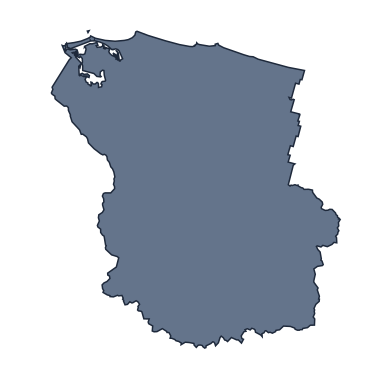 Tweed, New South Wales, Australia, rotated 276°
{"feature_id": "25037944B14398404968325", "entity_name": "Tweed", "entity_type": "district", "adm_level": 2, "iso_a3": "AUS", "parent_name": "Australia", "parent_adm1": "New South Wales", "projection": "natural_earth1", "projection_center": [153.453, -28.35], "detail": "fine", "context": "isolated", "style": "filled", "palette": "slate", "viewbox_px": 384, "rotation_deg": 276, "n_neighbors": 0, "source": "geoboundaries", "source_scale": "gbopen_adm2", "svg_char_len": 5866}
<svg xmlns="http://www.w3.org/2000/svg" viewBox="0 0 384 384"><g transform="rotate(276 192 192)"><path d="M324.6,291.2L326.0,274.8L331.0,243.9L332.9,238.7L332.8,235.1L333.9,229.2L338.8,208.4L340.8,203.3L342.5,202.2L341.4,199.6L340.0,199.8L338.8,194.0L339.4,184.0L339.8,182.3L340.9,181.1L339.5,181.0L338.1,179.2L337.8,179.7L337.3,179.2L336.6,177.1L336.5,174.3L337.3,164.1L339.6,149.7L343.1,131.9L346.1,120.5L345.3,119.3L342.0,118.8L339.2,116.5L336.9,112.7L335.7,108.9L333.9,99.8L333.7,89.8L334.8,80.0L336.6,74.9L335.4,74.6L333.7,72.1L330.4,65.7L328.3,59.2L326.6,52.5L326.9,52.0L322.9,53.0L321.9,56.3L331.5,75.2L332.1,75.1L331.6,75.5L332.1,79.2L332.6,79.2L332.1,79.5L331.5,84.7L330.0,89.7L328.4,93.1L325.3,97.2L325.4,98.6L326.3,98.9L325.4,98.9L326.4,101.1L325.9,103.3L324.8,104.7L317.2,109.1L316.0,107.4L314.7,106.8L314.7,106.1L318.9,105.0L315.4,105.7L315.6,104.8L317.0,104.6L315.7,104.1L316.2,103.3L318.2,104.6L316.9,102.8L318.8,103.3L320.2,100.6L320.8,101.1L319.3,103.6L319.2,104.2L319.4,104.9L322.5,104.2L324.5,102.4L324.4,102.0L322.5,103.9L321.8,103.4L319.4,104.4L321.7,99.4L321.2,99.2L320.0,100.0L318.3,102.4L317.5,102.2L318.5,101.2L319.5,97.9L321.5,95.4L323.0,94.6L324.9,95.1L325.7,94.7L327.1,89.4L325.7,91.3L325.2,90.6L325.6,89.1L328.3,89.2L329.0,87.8L327.5,87.8L326.3,85.4L326.5,84.5L325.9,82.6L327.5,81.4L328.1,83.1L330.3,82.0L330.4,80.9L328.9,77.2L328.8,75.0L325.6,69.9L324.7,69.9L325.1,70.2L324.6,71.0L322.9,71.7L318.2,71.0L317.3,69.4L317.3,66.1L315.0,62.8L313.9,66.1L315.3,66.8L313.3,68.9L309.6,69.5L308.4,69.1L306.0,70.1L301.4,70.6L299.6,82.1L297.0,85.3L296.9,89.1L297.3,89.6L298.6,88.3L301.9,88.3L303.8,90.3L303.6,91.7L299.1,92.5L294.1,94.4L293.1,93.9L292.6,91.5L291.9,90.7L290.0,90.1L289.3,91.3L287.2,91.1L286.2,88.1L289.8,87.7L291.0,86.7L291.0,85.9L289.3,84.5L289.1,82.2L290.5,81.1L290.7,80.0L286.6,80.9L287.4,80.4L287.0,79.8L287.6,79.5L288.3,77.4L289.8,76.9L290.1,75.4L292.8,73.9L296.0,75.2L295.4,72.6L295.8,70.8L296.3,75.2L295.5,75.9L295.1,77.6L297.0,77.8L298.5,75.7L297.7,72.3L298.6,70.4L297.4,68.5L296.0,70.2L296.4,68.9L295.9,68.1L296.3,67.6L305.2,66.2L306.3,67.1L304.3,67.0L303.8,67.6L308.7,68.2L313.9,62.3L315.3,61.8L315.9,60.8L317.9,60.3L318.3,59.2L317.6,58.8L317.9,58.3L318.5,59.5L318.4,61.0L319.6,61.4L319.9,62.4L318.7,62.9L317.3,62.1L317.9,61.4L318.3,62.3L319.0,62.2L317.8,60.8L316.5,61.1L315.8,62.4L318.1,64.2L321.3,62.9L321.9,61.1L320.7,56.0L321.2,52.8L319.2,51.8L320.1,50.7L322.7,51.5L324.0,50.8L324.9,51.1L326.7,50.9L324.6,50.8L323.9,49.1L324.2,47.6L317.3,51.2L312.9,57.9L310.7,56.1L281.6,41.9L279.5,42.9L275.8,41.8L274.6,42.7L273.0,45.6L270.4,46.1L269.2,47.7L264.0,55.9L264.4,58.4L263.0,60.2L260.2,60.6L255.8,63.1L255.0,62.9L249.3,65.4L242.0,73.7L237.8,75.8L238.1,77.3L235.9,81.1L234.1,82.5L230.0,83.9L224.8,90.1L220.5,97.1L219.6,99.5L220.3,100.8L219.7,102.5L218.3,103.7L215.1,104.5L212.8,106.7L208.5,108.6L206.8,110.5L203.7,112.2L198.9,113.7L196.8,113.0L194.9,113.6L191.5,113.1L189.3,114.4L187.2,114.7L182.6,111.3L182.0,105.6L181.2,104.1L178.6,103.3L176.1,104.8L172.9,105.4L171.4,104.3L169.8,104.4L165.1,106.3L162.3,105.0L159.6,101.7L156.6,101.6L153.5,102.9L148.9,101.4L147.4,102.0L145.5,105.0L142.2,105.4L139.8,107.5L138.9,109.2L130.2,111.6L129.7,112.3L127.7,111.7L126.0,112.2L121.1,118.6L120.0,124.3L118.9,126.0L109.5,124.6L102.5,116.6L100.6,116.9L99.8,118.7L97.4,119.4L94.1,116.8L92.4,114.0L90.2,112.3L86.5,113.2L84.8,114.5L82.8,114.0L80.8,118.5L80.4,121.2L79.4,121.4L79.5,124.9L81.5,128.7L81.0,130.0L81.8,133.1L79.2,134.7L78.2,134.2L77.1,135.4L76.3,135.3L72.8,137.2L73.5,139.6L76.3,141.6L75.4,143.7L75.6,144.6L78.0,147.8L77.1,149.7L74.9,151.6L72.6,150.2L71.6,150.6L69.0,150.2L68.2,151.1L68.1,153.8L67.5,154.7L60.8,157.4L61.3,162.7L58.1,162.0L56.5,162.7L54.7,166.9L49.6,167.0L49.0,168.9L49.5,171.8L53.0,176.8L50.7,181.4L49.7,181.8L49.8,183.8L46.7,185.9L44.3,185.5L44.4,187.2L43.5,190.3L42.4,191.6L42.0,194.4L40.7,197.1L39.0,197.1L41.9,201.0L42.0,205.0L41.6,209.7L40.0,210.1L37.9,212.5L40.3,214.2L40.7,216.3L40.4,218.3L39.3,219.0L38.1,220.9L38.7,222.1L40.5,222.1L43.3,226.6L45.2,228.3L45.1,229.3L44.0,230.4L41.5,231.5L44.8,234.0L50.2,235.1L51.7,236.1L50.4,238.3L48.2,240.0L48.0,241.4L47.0,243.0L51.4,246.4L49.6,251.8L49.7,253.6L46.9,257.0L50.9,258.6L51.5,256.9L54.0,256.0L58.5,258.3L59.1,260.2L60.6,259.1L61.8,261.3L60.9,264.3L62.7,265.7L62.2,268.0L61.3,269.2L59.2,269.8L57.0,275.3L55.5,276.9L58.4,276.4L59.5,278.3L61.6,279.3L61.8,280.1L60.1,282.7L60.7,284.3L60.0,286.7L61.9,289.7L63.2,290.0L64.1,293.5L68.2,297.0L68.6,303.9L67.4,308.3L66.3,308.9L65.6,311.2L65.8,313.3L66.4,314.0L66.6,316.0L67.9,316.5L69.2,321.1L71.9,323.6L72.4,327.7L78.6,327.3L80.4,325.6L83.9,326.7L86.3,326.0L87.5,326.3L88.9,325.5L93.2,326.9L96.5,329.9L98.7,329.9L98.8,329.1L101.6,329.6L107.8,326.8L109.7,327.4L114.9,322.7L116.2,322.4L123.1,323.2L128.2,321.2L131.2,324.6L132.5,329.4L133.5,330.1L137.0,328.5L137.7,327.3L139.0,327.6L145.7,325.7L148.0,323.1L150.9,321.4L151.5,322.2L150.8,326.0L152.6,327.7L151.8,332.3L154.5,336.7L156.7,338.4L156.6,341.3L161.7,340.5L163.0,339.5L165.4,341.3L167.1,341.3L168.8,342.1L171.5,340.3L173.6,341.5L177.0,340.8L180.0,342.2L180.5,340.7L181.1,341.3L182.1,339.4L183.7,339.1L184.5,337.7L186.2,336.9L189.3,333.2L189.2,330.8L188.1,329.1L187.6,326.4L189.0,322.5L190.4,322.1L193.4,323.3L195.6,322.6L198.1,319.4L199.1,316.7L204.3,312.0L206.5,311.6L206.9,307.7L206.3,303.1L207.6,301.7L207.7,300.3L209.1,297.0L210.0,296.7L209.5,295.7L210.0,293.6L208.9,290.9L209.2,289.8L208.2,288.9L209.3,287.0L229.2,289.9L230.7,291.4L231.8,284.5L238.8,285.8L239.1,283.4L248.3,285.0L247.8,287.9L258.5,289.7L258.2,291.7L268.8,293.3L269.2,290.6L273.5,291.4L273.7,289.8L280.0,291.2L280.1,290.5L280.8,290.7L282.1,281.8L294.5,284.0L294.8,282.9L294.0,281.3L294.2,279.8L296.2,278.6L295.8,281.1L311.0,283.6L310.5,287.1L315.2,287.9L315.1,289.6L324.6,291.2ZM341.7,72.8L341.1,71.1L339.7,71.9L341.7,72.8Z" fill="#64748b" stroke="#1e293b" stroke-width="1.5"/></g></svg>